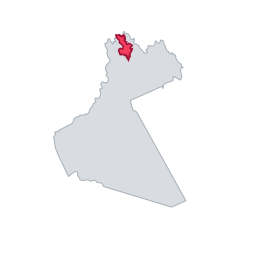 location of Bougouni, Sikasso, Mali, rotated 156°
{"feature_id": "8926073B95704920034733", "entity_name": "Bougouni", "entity_type": "district", "adm_level": 2, "iso_a3": "MLI", "parent_name": "Mali", "parent_adm1": "Sikasso", "projection": "equal_earth", "projection_center": [-7.39, 11.295], "detail": "fine", "context": "in_parent", "style": "filled", "palette": "rose", "viewbox_px": 256, "rotation_deg": 156, "n_neighbors": 0, "source": "geoboundaries", "source_scale": "gbopen_adm2", "svg_char_len": 7495}
<svg xmlns="http://www.w3.org/2000/svg" viewBox="0 0 256 256"><g transform="rotate(156 128 128)"><path d="M61.1,190.1L61.2,189.2L60.6,188.6L60.6,188.2L60.9,185.6L60.9,184.9L61.1,183.5L60.8,182.9L60.7,182.5L59.7,180.7L59.4,179.2L58.9,178.3L57.8,178.0L57.4,178.8L57.2,178.9L56.7,178.3L56.6,177.8L56.6,177.4L55.1,175.0L55.2,173.8L55.8,173.1L56.0,172.1L55.5,170.9L55.6,169.7L55.5,168.0L54.7,166.6L54.1,165.9L53.6,164.9L54.0,162.6L53.2,160.6L54.8,161.4L55.5,160.7L56.3,159.7L56.9,158.4L57.2,156.7L57.3,155.3L58.0,153.1L58.8,152.1L60.3,150.5L60.8,150.7L63.3,153.9L64.8,155.6L65.3,156.5L65.8,156.5L66.6,154.9L67.3,153.5L67.6,153.1L70.2,153.0L71.6,153.2L72.8,153.6L74.5,153.7L79.0,152.7L79.0,152.1L79.0,151.3L79.2,150.7L79.6,150.2L79.9,150.0L80.0,151.9L80.4,152.2L81.4,152.2L114.7,152.2L116.1,142.7L113.6,139.2L104.7,38.0L120.3,38.0L123.0,40.3L174.0,84.4L174.2,85.8L174.2,87.8L174.6,88.4L175.4,89.0L178.3,90.9L178.5,91.3L178.6,92.1L179.0,93.1L179.6,93.6L180.3,94.0L181.2,94.3L183.8,94.6L184.4,95.1L185.5,96.9L186.1,97.2L189.7,98.1L190.8,98.6L192.1,99.4L192.8,100.2L192.8,102.9L193.3,104.7L193.3,105.2L192.8,105.9L192.7,106.4L192.1,107.9L192.2,108.4L193.4,109.5L194.1,109.8L194.7,109.8L202.1,108.0L202.8,134.0L202.5,134.4L202.4,139.0L201.9,141.7L201.0,143.8L200.5,146.8L200.1,147.4L199.9,149.1L199.3,150.1L198.4,150.5L196.7,152.4L196.6,154.0L192.5,153.1L192.3,153.1L192.1,153.3L192.0,154.1L181.7,154.6L176.6,155.0L173.4,158.5L171.4,158.9L168.8,158.6L167.4,158.5L166.9,158.8L166.8,159.4L162.7,157.6L161.1,158.2L160.9,158.0L160.7,157.6L159.9,157.4L158.8,157.5L157.9,157.7L155.3,160.5L153.9,161.2L151.3,162.9L149.5,164.3L148.8,164.6L147.8,164.6L146.9,165.0L146.2,168.2L145.7,168.5L142.6,167.2L141.9,167.4L141.4,167.8L139.6,169.6L138.8,171.1L138.3,173.2L138.4,174.5L138.1,174.9L137.3,175.0L135.9,174.6L135.4,174.7L135.2,175.7L135.3,177.9L134.9,179.4L134.1,179.8L133.4,180.4L132.9,180.6L132.5,180.4L129.9,178.2L129.0,177.9L128.1,178.1L127.2,179.0L125.6,181.3L125.8,182.2L126.2,183.1L126.5,184.3L126.5,185.3L124.2,186.8L124.8,187.9L124.7,190.9L123.6,192.3L123.3,193.2L122.3,194.2L121.4,194.7L118.5,195.5L117.4,196.4L116.9,197.2L116.8,198.0L116.9,199.0L117.4,201.0L117.2,202.8L116.8,204.9L116.4,205.8L115.1,206.9L115.3,208.3L115.4,210.2L115.2,212.8L114.8,214.5L114.5,214.3L113.2,214.4L111.8,214.9L111.4,215.4L111.2,216.0L110.1,217.3L109.3,217.3L108.6,216.9L108.2,216.5L108.2,216.3L108.6,215.2L108.7,214.8L108.2,212.9L108.3,212.4L108.1,210.9L106.5,211.5L106.4,211.7L106.7,212.7L106.5,212.9L106.0,212.8L105.2,212.5L104.4,211.6L104.2,211.9L104.1,212.6L104.1,213.4L104.3,214.9L104.0,215.4L102.8,215.3L101.7,215.5L101.4,216.1L101.3,216.6L101.6,217.3L101.5,217.6L101.1,218.0L100.9,218.0L100.3,217.2L97.9,216.5L97.7,215.6L97.4,215.5L96.7,214.3L96.3,214.4L96.1,214.6L95.2,214.5L94.4,215.5L93.8,216.8L93.1,217.5L92.2,217.7L92.3,216.9L92.0,215.8L89.9,214.3L89.6,213.8L89.1,210.5L89.1,209.5L89.3,208.7L89.2,208.0L89.0,207.5L88.4,207.0L87.7,206.8L86.9,207.5L86.5,207.6L86.2,207.5L86.0,207.3L86.0,207.0L86.9,205.2L87.3,204.5L88.2,203.7L88.4,203.2L88.4,202.9L88.3,202.7L87.8,202.3L86.9,201.5L86.4,201.4L86.0,201.1L85.6,199.8L85.4,199.6L84.9,199.4L84.6,199.1L84.6,196.1L83.7,193.8L83.0,190.8L82.6,190.2L81.9,189.6L81.0,189.2L80.2,189.1L79.3,189.4L79.4,189.7L79.8,190.6L79.9,191.1L79.8,191.6L79.7,192.0L78.5,192.3L76.9,193.3L76.4,194.6L76.0,194.7L75.4,194.6L71.3,192.5L69.5,193.4L68.4,195.2L68.1,195.8L67.6,196.3L67.3,196.3L67.0,196.0L65.8,193.2L65.3,192.6L64.6,192.5L64.1,193.0L63.5,193.9L62.7,194.8L62.3,195.0L61.9,194.9L60.2,193.0L60.1,192.7L60.9,190.5L61.1,190.1Z" fill="#d9dde1" stroke="#a8b0b8" stroke-width="1"/><path d="M98.0,192.4L97.8,192.5L97.7,192.5L97.4,192.7L97.3,192.8L97.2,193.0L97.1,192.9L97.1,193.0L97.0,192.9L97.0,193.1L96.8,193.1L96.7,193.4L96.6,193.5L96.5,193.8L96.5,194.0L96.4,194.1L96.5,194.2L96.5,194.3L96.4,194.4L96.5,194.7L96.4,194.8L96.3,195.0L96.2,195.0L96.0,195.3L95.9,195.3L95.8,195.5L95.7,195.6L95.6,195.8L95.6,195.7L95.5,195.8L95.4,195.8L95.3,195.7L95.2,195.7L94.9,195.7L94.6,196.2L94.3,196.3L93.3,197.1L92.7,197.8L92.4,197.8L91.8,198.7L92.9,198.8L92.9,198.7L93.1,198.4L93.2,198.2L93.3,198.2L93.4,198.4L93.2,198.9L93.1,199.0L93.6,199.7L93.1,200.8L92.6,200.9L92.3,200.8L92.1,201.0L91.9,201.0L91.6,201.1L90.9,201.4L91.0,201.5L90.7,202.1L91.3,203.2L92.3,204.1L92.4,204.6L92.6,204.9L93.0,204.9L93.3,204.9L94.1,204.6L94.4,204.8L94.6,204.7L95.1,204.9L95.0,205.1L95.1,205.4L95.2,205.5L95.4,205.4L95.4,205.5L95.1,205.7L95.1,205.8L95.1,206.1L94.9,206.1L94.8,206.3L95.0,206.5L95.1,206.8L94.7,207.0L95.0,207.1L95.1,207.3L95.1,207.6L94.8,207.6L95.1,207.9L95.2,208.3L95.5,208.3L95.5,208.5L95.4,208.5L95.3,208.8L95.5,208.9L95.7,209.1L95.8,209.1L95.8,209.4L95.6,209.6L95.4,209.4L95.3,209.5L95.2,209.9L95.2,210.0L95.1,209.9L95.1,210.0L95.1,210.3L95.1,210.5L94.8,210.6L94.7,210.3L94.7,210.6L94.4,210.5L94.3,210.3L94.2,210.4L94.3,210.6L94.5,210.8L94.4,210.9L94.3,211.1L94.2,211.4L94.3,211.5L94.1,211.7L94.0,211.9L94.1,212.0L93.9,212.1L94.1,212.1L94.0,212.3L93.9,212.3L93.8,212.2L93.7,212.2L93.6,212.4L93.6,212.5L93.8,212.7L93.8,212.8L93.7,212.8L93.7,213.0L93.9,213.1L94.0,213.1L93.9,213.2L93.8,213.4L94.0,213.4L94.0,213.5L94.1,213.8L94.0,214.0L94.3,214.2L94.4,214.3L94.3,214.2L94.3,214.3L94.4,214.6L94.6,214.5L94.5,214.8L94.4,214.9L94.6,214.9L95.0,214.8L95.1,214.6L95.3,214.4L95.5,214.1L95.9,214.5L96.2,214.6L96.3,214.6L96.4,214.3L96.5,214.2L96.8,214.2L97.1,214.3L97.1,214.5L97.1,214.8L97.1,215.0L97.2,215.3L97.3,215.4L97.3,215.5L97.2,215.5L97.3,215.6L97.7,215.4L97.7,215.5L97.8,215.5L98.0,215.7L98.0,216.1L97.9,216.4L97.7,216.5L97.8,216.7L97.9,216.8L98.1,216.8L98.3,216.8L98.3,216.7L98.6,216.6L98.8,216.6L99.9,216.7L100.0,216.8L100.1,217.0L100.3,217.2L100.5,217.2L100.5,217.4L100.5,217.7L100.5,217.8L100.7,218.0L100.9,218.0L101.1,217.9L101.3,217.7L101.4,217.1L101.1,216.8L101.1,216.6L101.4,216.2L101.5,216.0L101.6,215.8L101.7,215.6L101.8,215.4L101.6,214.7L100.5,212.2L100.4,211.9L100.4,211.7L100.3,211.4L100.2,211.2L100.3,211.0L100.3,210.9L100.2,210.9L100.3,210.9L100.4,210.7L100.5,210.3L100.7,210.2L100.8,210.1L100.8,209.9L100.9,209.7L101.1,209.7L101.1,209.4L101.0,209.1L100.9,208.7L100.6,208.5L100.2,207.9L99.8,206.6L99.7,206.4L99.0,204.5L100.1,203.4L100.7,202.4L101.0,202.7L101.7,203.0L101.8,203.2L102.1,203.3L102.7,203.9L102.9,203.8L103.0,203.6L103.6,203.5L103.8,203.7L104.1,203.4L104.2,202.9L104.3,202.8L104.4,202.7L104.5,202.7L104.5,202.9L104.5,203.1L104.7,202.9L104.7,202.6L105.1,202.3L105.0,202.2L105.2,201.8L105.3,201.4L105.3,201.2L105.1,201.0L105.1,200.9L105.0,200.7L105.0,200.3L105.0,200.2L105.0,199.8L105.3,199.6L105.3,199.4L105.4,199.1L105.3,198.9L105.3,198.7L105.4,198.4L105.2,198.2L104.6,198.0L104.5,197.8L104.4,197.9L104.3,197.7L104.3,197.8L104.0,197.7L103.9,197.9L103.7,197.7L102.7,197.3L102.4,196.8L102.2,196.7L101.7,196.8L101.7,195.7L101.5,195.4L101.1,195.6L100.3,195.6L100.2,195.5L100.2,195.3L100.4,195.1L100.4,194.9L100.2,194.6L100.0,194.8L99.8,194.7L99.7,194.4L99.9,194.2L100.1,194.3L100.3,194.0L100.4,193.8L100.3,193.7L100.2,193.6L100.0,193.8L100.0,193.7L99.9,193.6L100.0,193.5L100.0,193.4L100.3,193.2L100.6,193.0L100.5,192.7L100.4,192.6L100.2,192.6L100.1,192.3L100.4,192.0L100.4,191.8L100.4,191.7L100.1,191.6L100.1,191.4L100.0,191.2L100.0,190.7L99.9,190.6L99.9,190.4L100.0,190.1L100.1,189.8L100.1,189.7L100.0,189.8L99.9,190.0L99.7,190.0L99.5,190.4L99.5,190.5L99.4,190.6L99.3,190.8L99.0,190.8L98.9,190.9L98.9,191.1L98.7,191.1L98.6,191.3L98.5,191.6L98.5,191.9L98.5,192.0L98.4,191.9L98.3,192.1L98.3,192.3L98.2,192.3L98.0,192.4Z" fill="#f43f5e" stroke="#9f1239" stroke-width="1.5"/></g></svg>